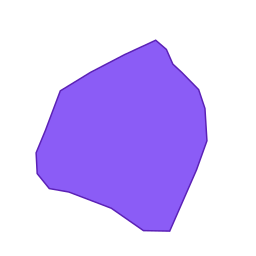 the border of Shirvan, rotated 199°
{"feature_id": "AZE-5563", "entity_name": "Shirvan", "entity_type": "Municipality", "adm_level": 1, "iso_a3": "AZE", "parent_name": "Azerbaijan", "parent_adm1": "", "projection": "orthographic", "projection_center": [48.916, 39.944], "detail": "fine", "context": "isolated", "style": "filled", "palette": "violet", "viewbox_px": 256, "rotation_deg": 199, "n_neighbors": 0, "source": "natural_earth", "source_scale": "10m", "svg_char_len": 396}
<svg xmlns="http://www.w3.org/2000/svg" viewBox="0 0 256 256"><g transform="rotate(199 128 128)"><path d="M117.3,214.8L106.4,203.0L95.1,198.0L73.7,187.3L61.6,171.5L49.2,141.6L49.6,110.6L55.0,44.1L80.0,36.0L117.7,46.7L163.2,48.2L182.7,45.1L199.0,55.3L206.8,74.6L205.3,98.9L204.1,141.1L181.5,168.5L155.1,196.3L130.4,220.0L117.3,214.8Z" fill="#8b5cf6" stroke="#5b21b6" stroke-width="1.5"/></g></svg>